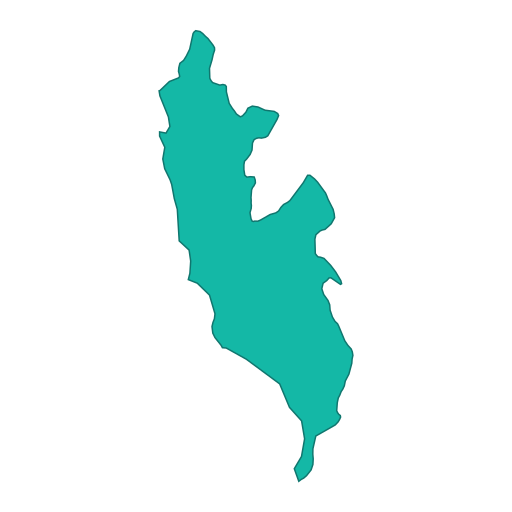 the Captial District of Lima Province
{"feature_id": "PER-587", "entity_name": "Lima Province", "entity_type": "Captial District", "adm_level": 1, "iso_a3": "PER", "parent_name": "Peru", "parent_adm1": "", "projection": "equal_earth", "projection_center": [-76.899, -12.031], "detail": "fine", "context": "isolated", "style": "filled", "palette": "teal", "viewbox_px": 512, "rotation_deg": 0, "n_neighbors": 0, "source": "natural_earth", "source_scale": "10m", "svg_char_len": 2486}
<svg xmlns="http://www.w3.org/2000/svg" viewBox="0 0 512 512"><path d="M298.8,481.3L294.3,468.7L301.5,456.5L304.6,438.8L301.6,420.9L289.5,407.4L279.7,383.9L246.3,359.2L226.2,348.0L222.4,347.7L221.1,345.3L215.0,337.6L212.8,333.1L212.0,326.5L213.0,322.4L214.4,318.8L215.0,313.8L209.5,295.1L197.3,283.2L188.3,279.6L189.9,273.3L190.7,261.1L189.1,250.1L179.2,240.9L177.3,209.3L174.3,198.6L171.7,184.5L170.1,179.8L164.7,168.7L162.8,159.0L164.8,147.3L159.6,136.1L159.6,131.9L166.0,133.1L169.9,126.5L168.4,116.9L159.9,95.8L159.1,90.8L159.9,90.6L169.4,81.5L178.5,77.9L179.7,76.5L179.2,73.9L178.5,71.4L178.8,67.7L179.9,63.3L183.6,60.4L186.3,56.1L189.7,49.2L193.1,33.5L194.1,32.0L195.7,30.7L200.0,31.5L202.7,33.5L205.3,36.2L208.0,38.6L213.0,45.1L214.5,47.7L214.6,50.1L213.2,54.4L212.0,59.9L209.5,68.3L209.8,78.3L211.0,80.6L212.6,82.6L219.8,85.1L222.9,84.5L225.2,85.1L226.3,86.5L226.4,91.9L229.2,103.4L232.3,108.3L234.5,111.1L236.4,114.0L240.3,116.8L242.5,115.9L245.9,112.2L247.9,108.2L252.3,106.1L258.0,107.0L265.0,110.2L274.2,111.4L277.7,113.5L278.6,115.6L277.0,119.5L267.8,135.8L265.4,137.3L261.5,138.1L258.9,137.8L256.5,138.3L254.1,139.6L252.5,143.0L252.0,150.1L250.1,154.5L246.5,159.2L244.5,161.2L243.9,164.7L243.9,169.7L244.8,175.3L246.9,177.1L250.4,176.7L254.2,177.0L255.2,180.0L255.4,182.9L253.8,186.0L252.5,187.6L251.6,189.9L251.0,197.5L251.2,200.6L251.1,203.1L251.4,205.4L251.2,208.4L250.0,212.7L251.0,218.7L252.1,221.1L253.3,221.5L254.7,221.1L257.8,221.2L260.6,220.0L270.2,214.5L275.8,212.9L278.6,211.0L280.9,207.4L283.6,204.5L287.4,202.5L289.9,200.6L303.3,182.7L307.6,175.3L310.0,175.3L314.5,178.9L317.6,182.2L325.5,193.0L326.8,196.0L328.0,199.2L333.1,209.3L334.2,213.9L334.6,217.7L331.2,223.8L325.0,229.4L322.3,230.0L320.0,231.0L315.9,234.7L314.9,239.1L315.3,253.6L316.8,255.6L318.1,256.9L320.5,257.2L324.0,258.4L330.7,265.4L335.6,271.9L340.8,280.6L341.6,283.7L340.5,284.4L330.9,277.8L329.1,277.9L326.7,280.6L323.1,283.2L321.8,288.7L323.7,294.5L328.0,300.5L329.7,304.8L330.1,310.2L332.4,317.0L335.0,321.4L337.5,323.7L338.7,326.1L344.8,340.8L347.9,345.4L351.2,349.0L352.3,351.8L352.9,355.4L352.1,359.0L351.8,363.2L348.9,374.1L345.3,381.0L344.3,385.9L342.7,389.3L341.2,391.5L339.7,395.3L338.3,397.9L337.3,402.6L336.7,410.8L337.6,412.7L338.8,414.4L340.3,415.5L340.6,417.1L339.6,419.4L338.1,421.9L335.3,424.9L315.8,436.0L312.9,448.8L312.8,454.2L313.2,458.9L312.9,464.5L311.1,469.9L306.5,475.7L303.7,478.1L301.1,479.5L298.8,481.3Z" fill="#14b8a6" stroke="#0f766e" stroke-width="1.5"/></svg>